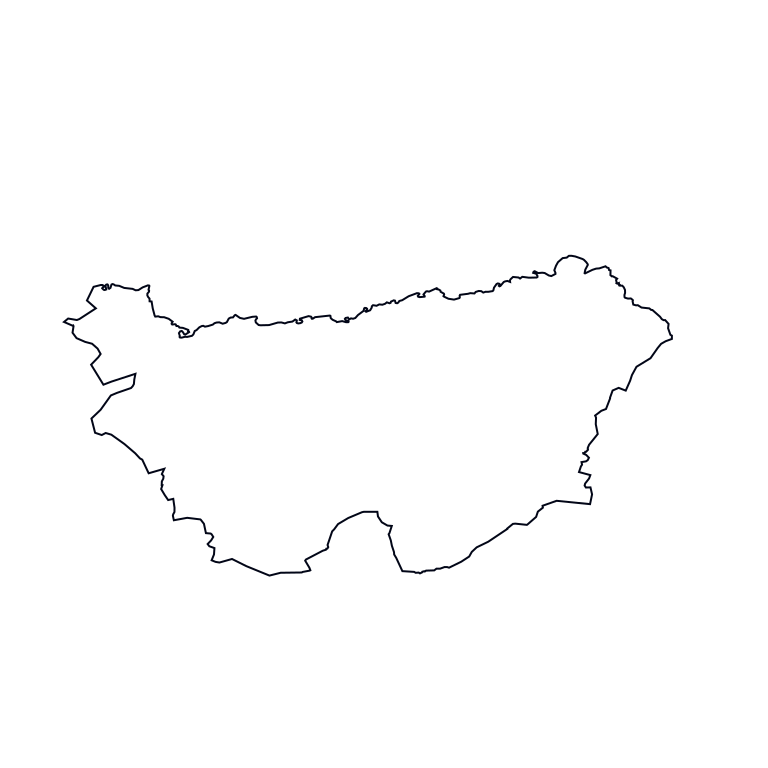 Sakstagala pag., Rezeknes, Latvia (Equal Earth projection), rotated 339°
{"feature_id": "27541924B56476396164581", "entity_name": "Sakstagala pag.", "entity_type": "district", "adm_level": 2, "iso_a3": "LVA", "parent_name": "Latvia", "parent_adm1": "Rezeknes", "projection": "equal_earth", "projection_center": [27.122, 56.527], "detail": "fine", "context": "isolated", "style": "outline", "palette": "ink", "viewbox_px": 768, "rotation_deg": 339, "n_neighbors": 0, "source": "geoboundaries", "source_scale": "gbopen_adm2", "svg_char_len": 6164}
<svg xmlns="http://www.w3.org/2000/svg" viewBox="0 0 768 768"><g transform="rotate(339 384 384)"><path d="M633.0,353.5L626.4,353.2L623.4,352.3L619.5,352.1L611.3,352.8L611.0,352.4L612.9,349.4L617.0,345.8L617.1,345.1L616.5,342.8L615.2,339.8L614.2,338.5L608.3,333.5L605.0,331.5L602.5,330.6L599.9,331.5L595.9,330.5L590.1,332.6L587.0,335.2L583.8,338.8L583.9,341.7L583.5,342.7L578.9,343.2L576.8,341.8L573.8,338.0L571.6,336.8L567.7,335.7L565.1,332.7L563.9,332.8L563.1,333.7L565.6,335.6L566.0,338.2L565.6,339.1L564.7,339.3L557.4,336.7L551.5,333.5L548.8,334.3L547.8,332.8L542.8,330.3L539.6,331.6L538.6,332.5L538.3,333.9L536.1,332.0L533.8,331.6L532.3,331.7L527.8,334.2L526.8,334.2L526.4,333.5L527.8,332.6L527.7,331.9L526.3,330.9L524.9,331.0L521.2,333.5L519.7,335.7L518.7,336.2L514.4,335.3L511.9,334.3L509.4,334.2L508.1,332.2L505.8,331.1L502.6,330.9L500.9,331.9L497.1,330.1L494.8,329.9L487.0,328.0L486.3,328.6L485.8,330.3L485.2,330.8L479.6,330.3L474.7,327.5L471.4,324.0L471.0,323.3L472.2,322.1L472.3,321.1L469.9,318.2L470.1,316.9L468.9,315.4L467.5,314.5L467.9,313.9L467.5,313.4L459.2,313.9L457.4,312.8L456.3,312.7L453.0,314.5L453.5,316.6L453.2,317.0L448.5,315.7L447.2,314.8L447.1,313.9L449.3,312.6L449.0,311.8L447.3,311.0L438.5,310.9L431.0,312.3L428.1,312.0L426.5,313.1L425.2,313.3L423.9,312.5L424.1,310.1L423.1,309.4L420.0,309.6L419.2,310.6L418.1,310.6L415.9,308.8L413.7,309.5L410.9,309.4L408.1,308.0L405.1,308.3L402.0,306.5L400.5,307.1L399.9,308.3L397.5,310.2L393.2,310.2L392.8,309.5L395.1,308.1L395.2,307.7L394.6,306.7L393.4,306.1L392.6,306.3L391.1,308.4L384.4,310.3L380.9,312.1L378.5,312.0L376.7,310.9L374.7,311.2L374.1,309.0L371.8,308.6L370.8,309.2L370.9,310.1L371.6,311.2L373.3,312.2L373.3,313.2L372.9,313.5L370.7,312.7L367.5,310.3L362.1,309.3L361.7,308.3L359.1,305.7L358.1,303.9L357.9,303.2L358.4,301.2L358.0,300.7L343.6,296.9L341.0,297.5L340.1,297.3L339.9,296.7L340.3,296.0L340.0,295.0L337.9,293.6L328.9,292.9L328.3,294.0L330.1,295.1L330.2,296.4L329.3,297.1L327.7,297.2L325.6,296.7L324.5,295.8L324.3,295.1L325.4,293.4L324.2,292.0L320.9,292.9L316.3,291.9L313.2,291.9L310.3,289.8L307.0,288.6L297.8,287.8L289.7,284.9L288.1,284.0L286.4,280.6L286.7,278.7L287.6,277.8L289.0,277.2L289.2,275.9L288.8,275.2L285.2,274.1L276.7,273.0L273.2,270.7L270.2,266.3L269.3,266.3L266.9,267.7L264.6,267.0L262.5,267.3L259.5,269.9L258.0,270.2L255.0,269.9L252.3,267.4L249.7,266.6L247.5,266.5L245.5,267.2L240.6,266.9L237.4,266.3L236.1,264.9L234.6,264.6L231.9,264.9L228.3,266.5L226.3,266.7L223.8,269.4L222.0,270.2L217.1,269.5L215.2,268.6L211.7,268.2L210.2,267.5L210.0,266.8L210.6,265.9L210.8,263.0L212.6,261.8L214.2,262.0L214.9,263.7L215.3,266.0L216.3,266.6L220.7,265.7L220.7,265.1L220.0,264.5L220.6,263.3L216.3,259.5L213.2,258.0L213.0,256.9L212.2,255.9L211.0,255.5L210.9,253.8L210.4,253.3L207.6,252.6L207.3,251.8L207.5,251.2L209.0,250.1L206.4,246.0L202.6,242.8L199.3,241.5L197.5,239.9L194.6,239.1L194.4,237.8L195.2,230.5L196.6,223.7L194.8,222.8L195.7,220.2L195.0,218.4L194.8,216.5L195.5,214.8L197.7,213.6L198.2,212.5L197.9,211.7L200.1,208.4L200.0,207.9L198.9,207.3L193.3,207.3L188.4,208.3L185.7,207.5L183.4,205.1L175.9,201.2L171.9,197.4L168.4,195.7L167.3,194.1L166.3,193.4L165.2,193.5L163.1,196.2L161.5,196.6L161.0,195.4L161.8,193.4L161.7,192.2L161.3,191.8L160.3,191.7L159.2,192.2L158.6,196.2L157.0,196.2L156.1,195.6L155.2,193.7L155.9,193.0L157.2,192.9L157.6,192.1L156.8,190.8L155.2,190.1L147.7,189.2L136.6,199.6L142.1,210.1L122.9,214.2L120.2,214.2L112.6,209.7L107.5,211.4L114.2,218.0L114.8,217.9L114.9,218.7L111.6,224.5L113.4,231.0L120.1,237.6L125.9,241.8L129.3,248.3L130.2,254.4L126.9,256.6L117.5,261.0L121.8,284.1L130.6,284.1L155.6,285.4L152.5,290.3L150.5,294.4L148.6,296.0L146.4,297.1L131.5,296.6L124.9,296.8L110.2,306.5L98.5,311.4L96.8,326.0L102.2,330.5L106.6,330.0L111.3,333.6L120.2,347.1L126.9,359.5L129.5,366.0L131.2,368.0L132.3,383.0L148.5,384.4L144.3,388.5L145.2,391.1L144.0,393.3L141.7,395.3L140.2,398.8L140.9,399.1L138.3,402.2L139.5,409.1L140.9,415.0L146.1,415.7L144.1,424.4L142.5,428.4L140.5,430.1L139.7,431.3L139.0,435.9L152.3,438.4L164.0,444.6L164.3,445.1L165.8,450.0L164.3,459.4L168.6,461.5L169.2,462.5L169.8,465.6L166.5,468.1L162.0,470.2L162.8,472.9L166.9,476.4L164.2,482.2L159.9,486.8L163.0,489.7L166.4,491.7L179.4,492.9L190.2,504.7L208.4,521.8L219.9,523.2L239.7,530.5L240.6,530.3L247.8,531.6L248.5,531.5L248.5,528.8L247.1,520.7L248.2,519.9L267.1,517.7L270.4,517.9L271.1,517.1L272.1,517.4L273.5,516.3L273.6,514.1L282.8,503.0L285.4,501.8L290.9,498.3L302.6,496.3L317.5,495.8L319.5,496.1L332.0,500.9L330.9,505.5L332.4,512.3L336.5,517.4L340.4,519.3L335.6,525.2L334.5,525.9L334.3,532.5L333.4,537.8L333.1,544.5L332.4,546.8L333.1,550.7L334.1,565.3L344.8,570.2L345.9,571.6L348.8,572.5L349.7,573.7L352.2,573.5L352.5,573.0L354.5,573.2L354.9,573.7L356.4,573.3L364.1,576.0L366.8,575.2L370.2,576.5L375.0,576.6L377.3,577.5L378.9,578.8L392.4,577.6L401.7,575.6L405.8,572.2L412.0,569.7L424.8,568.6L447.2,563.5L447.2,563.1L454.2,560.8L456.5,561.4L466.9,566.7L467.5,566.6L478.4,562.6L481.9,558.3L488.0,556.4L488.4,554.5L503.3,554.9L533.3,570.0L538.7,561.6L539.7,554.5L535.4,553.0L534.9,550.7L536.1,549.0L541.6,545.7L544.0,543.0L534.5,536.1L538.3,531.5L540.0,530.3L540.4,527.7L544.9,528.6L546.9,528.1L548.9,526.3L547.4,522.7L545.1,520.4L545.2,519.9L546.5,520.3L547.6,519.4L548.2,519.7L550.6,518.7L551.1,518.0L550.9,517.7L551.3,516.7L553.7,514.2L565.6,507.3L567.3,497.4L569.9,491.4L569.8,489.1L577.3,486.9L582.3,486.9L589.9,478.5L590.1,477.8L595.1,472.0L601.7,471.7L607.3,476.8L614.9,469.2L618.7,464.5L625.9,458.4L642.1,455.4L652.5,448.4L657.1,445.8L662.3,445.0L668.9,445.1L670.1,442.0L669.0,440.7L669.2,433.7L671.2,429.9L669.4,425.1L667.9,424.6L666.6,423.0L665.8,420.1L661.1,411.1L660.0,410.6L658.8,408.5L651.8,404.9L649.2,401.4L647.5,400.9L645.2,399.2L645.7,396.0L646.4,395.0L645.9,393.9L645.1,392.6L642.4,391.7L640.0,389.9L639.7,389.0L640.4,387.0L641.7,385.4L642.7,382.6L642.5,379.6L641.7,377.6L639.0,376.5L638.9,375.9L639.4,375.6L638.9,375.1L639.2,374.6L638.3,374.1L638.7,373.8L637.6,373.7L637.1,373.1L637.6,372.6L637.9,370.1L639.4,369.2L636.1,365.3L635.3,365.2L634.4,363.5L636.2,359.1L635.0,358.3L635.2,356.2L633.7,355.0L633.0,353.5Z" fill="none" stroke="#020617" stroke-width="2"/></g></svg>